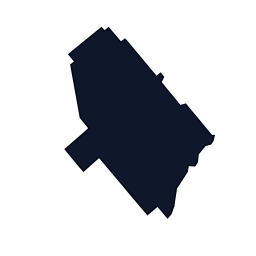 outline of Lee, Alabama, United States of America, rotated 51°
{"feature_id": "52423323B36009531708683", "entity_name": "Lee", "entity_type": "district", "adm_level": 2, "iso_a3": "USA", "parent_name": "United States of America", "parent_adm1": "Alabama", "projection": "equal_earth", "projection_center": [-85.313, 32.581], "detail": "fine", "context": "isolated", "style": "filled", "palette": "ink", "viewbox_px": 256, "rotation_deg": 51, "n_neighbors": 0, "source": "geoboundaries", "source_scale": "gbopen_adm2", "svg_char_len": 712}
<svg xmlns="http://www.w3.org/2000/svg" viewBox="0 0 256 256"><g transform="rotate(51 128 128)"><path d="M33.5,122.5L33.6,127.5L43.0,127.4L43.0,132.6L89.9,158.4L103.8,158.4L104.2,165.1L105.0,190.1L126.1,189.9L133.4,189.7L132.4,168.7L162.3,168.1L183.4,167.8L207.5,167.2L207.1,154.5L208.2,154.0L210.6,153.9L222.6,153.7L221.7,148.7L217.5,141.7L214.2,138.2L205.2,128.3L201.9,118.0L199.1,109.5L194.8,104.7L199.4,99.9L198.1,95.7L192.3,89.9L190.1,79.0L192.4,73.6L191.2,69.9L188.1,65.9L186.7,67.8L145.8,68.3L143.5,73.5L126.3,73.6L120.6,73.7L113.1,73.6L110.7,68.4L106.0,68.3L106.0,73.7L61.7,74.3L57.1,74.5L57.0,79.6L38.0,80.1L38.0,85.4L33.4,85.6L33.5,122.5Z" fill="#0f172a" stroke="#020617" stroke-width="1.5"/></g></svg>